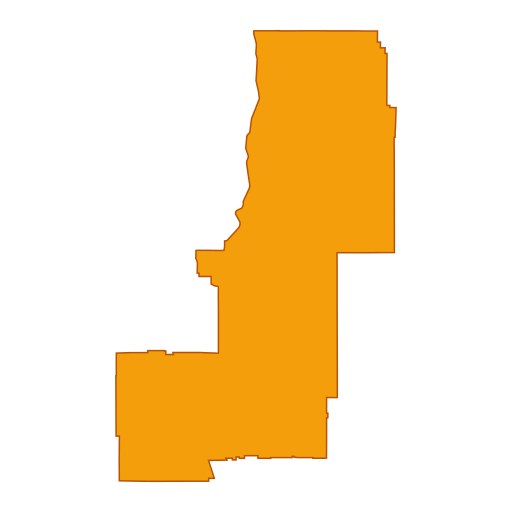 outline of Chittering, Western Australia, Australia
{"feature_id": "25037944B8066772871928", "entity_name": "Chittering", "entity_type": "district", "adm_level": 2, "iso_a3": "AUS", "parent_name": "Australia", "parent_adm1": "Western Australia", "projection": "albers", "projection_center": [116.041, -31.358], "detail": "fine", "context": "isolated", "style": "filled", "palette": "amber", "viewbox_px": 512, "rotation_deg": 0, "n_neighbors": 0, "source": "geoboundaries", "source_scale": "gbopen_adm2", "svg_char_len": 5237}
<svg xmlns="http://www.w3.org/2000/svg" viewBox="0 0 512 512"><path d="M253.7,30.9L253.7,32.2L253.8,33.1L253.8,33.5L253.8,33.8L254.0,34.5L254.1,35.2L254.5,36.7L255.1,38.8L256.1,42.7L256.2,43.1L256.3,43.5L256.3,44.0L256.4,44.4L256.4,45.2L256.3,45.8L256.3,46.4L256.2,48.4L256.0,50.7L255.9,52.7L255.9,53.2L255.9,53.8L256.0,54.1L256.1,54.7L256.3,55.3L256.4,55.9L256.8,57.2L257.0,58.0L257.1,58.4L257.2,58.7L257.2,59.0L257.2,59.5L257.2,59.9L257.1,61.5L256.7,68.4L256.7,69.2L256.1,79.7L256.0,80.3L256.1,80.8L256.1,81.2L256.2,81.6L256.8,84.0L257.0,85.0L257.7,87.9L258.2,89.9L258.3,90.6L258.4,91.1L258.7,93.1L259.0,95.3L259.2,97.2L259.3,97.6L259.3,97.9L259.3,98.2L259.2,98.6L259.2,98.9L259.1,99.3L259.0,99.6L258.9,100.0L258.0,102.3L256.7,105.5L256.5,106.0L255.8,108.0L252.0,117.4L251.8,118.1L251.6,118.8L251.5,119.1L251.4,119.5L251.4,119.9L250.7,125.1L249.9,131.7L249.8,132.0L249.7,132.4L249.5,132.7L249.3,133.0L249.1,133.3L247.7,134.7L247.2,135.3L247.0,135.7L246.9,136.1L246.8,136.5L246.5,139.9L245.8,147.0L245.8,147.3L245.8,147.6L245.8,147.9L245.8,148.3L245.9,148.6L246.0,148.9L246.0,149.2L246.1,149.5L246.6,150.7L248.2,155.7L248.3,155.9L248.3,156.1L248.3,156.4L248.3,156.7L248.3,157.1L248.2,157.5L247.3,159.7L247.2,160.0L247.0,160.4L246.9,160.8L246.8,161.1L246.8,161.5L246.7,161.9L246.7,162.3L246.6,162.7L246.6,163.1L246.6,163.5L246.7,163.9L246.7,164.3L247.5,169.6L247.9,172.7L248.9,179.3L249.6,184.1L249.7,184.5L249.7,184.9L249.7,185.3L249.7,185.7L249.7,186.1L249.7,186.6L249.6,187.0L249.5,187.4L249.4,187.8L249.3,188.1L249.2,188.5L249.0,188.9L246.8,193.6L246.0,195.5L245.4,196.6L243.6,200.6L243.5,200.8L243.4,201.0L243.3,201.5L243.2,201.9L243.2,202.4L243.3,202.6L243.3,203.2L243.3,203.5L243.3,203.8L243.3,204.0L243.3,204.3L243.2,204.6L243.2,204.9L243.1,205.2L242.5,206.8L242.3,207.2L242.1,207.6L241.8,207.9L241.5,208.2L241.2,208.4L241.0,208.5L239.9,209.0L238.7,209.5L238.4,209.6L237.9,209.9L237.6,210.0L237.1,210.4L236.7,210.7L236.4,211.0L236.1,211.3L236.0,211.5L235.9,211.7L235.8,211.9L235.7,212.1L235.6,212.5L235.5,213.0L235.5,213.3L235.5,213.6L235.6,214.0L235.8,214.4L235.9,214.6L236.7,216.1L237.1,216.8L237.9,218.3L239.4,221.1L239.6,221.4L239.7,221.6L239.8,221.9L239.9,222.1L239.9,222.4L240.0,222.7L240.0,223.0L240.1,223.8L240.0,224.3L239.9,224.7L239.7,225.5L239.6,225.8L239.5,226.1L239.4,226.4L239.3,226.8L239.1,227.0L238.9,227.3L238.7,227.6L238.5,227.9L237.3,229.2L236.3,230.4L234.5,232.4L232.7,234.3L227.4,240.1L227.1,240.4L226.8,240.6L226.4,240.7L226.1,240.9L225.7,240.9L225.3,241.0L224.9,240.9L224.6,240.9L224.6,246.2L224.0,250.4L223.9,250.4L220.0,250.5L214.2,250.4L198.1,250.3L197.9,250.4L196.0,250.4L196.0,252.2L195.8,258.6L196.2,258.9L197.4,262.6L197.2,273.2L199.0,273.2L199.0,276.5L211.1,276.5L211.1,284.0L212.7,284.9L213.9,285.6L214.8,285.7L215.0,285.8L215.3,286.0L215.7,286.0L215.9,286.1L216.2,286.0L216.3,286.0L217.0,286.2L217.3,286.3L217.6,286.4L218.1,286.7L218.3,286.9L218.4,287.0L218.3,295.9L218.4,309.5L218.4,326.8L218.4,353.2L217.3,353.2L215.8,353.1L214.1,353.0L212.7,353.0L211.2,352.9L210.2,352.9L208.8,352.9L207.2,352.8L202.6,352.6L200.4,352.5L199.0,352.5L198.3,352.5L198.2,352.5L196.8,352.5L196.0,352.5L194.4,352.5L192.8,352.5L191.1,352.5L190.0,352.5L189.1,352.5L186.8,352.5L185.4,352.5L182.9,352.5L181.4,352.5L181.0,352.5L177.9,352.5L176.9,352.5L176.1,352.5L175.1,352.5L174.5,352.5L174.3,352.5L172.9,352.5L173.4,354.5L173.2,354.5L167.3,354.5L165.8,354.5L165.8,351.1L164.8,351.1L164.8,350.6L156.4,350.6L154.7,350.6L151.6,350.6L147.7,350.6L147.7,352.6L139.2,352.6L131.1,352.6L116.3,353.1L116.3,375.9L115.9,375.9L116.0,411.4L116.0,417.2L116.1,436.1L119.4,436.1L119.3,443.8L119.3,444.0L119.3,444.4L119.3,444.5L119.3,452.0L119.2,458.1L119.2,458.3L119.3,475.6L119.3,480.8L129.4,481.0L134.4,481.1L136.3,481.1L140.1,481.2L140.5,481.2L151.5,481.3L159.0,481.3L190.1,481.2L193.2,481.2L197.3,481.2L201.1,481.2L202.3,481.2L208.7,481.2L208.7,478.3L213.8,478.3L214.3,478.3L214.2,477.9L208.5,460.4L208.9,460.4L216.9,460.3L226.7,460.1L227.0,460.1L225.9,458.2L226.0,458.2L232.4,458.2L232.4,458.3L232.3,459.9L236.1,459.9L236.1,459.1L236.2,457.6L236.2,456.9L239.2,456.9L239.2,458.3L244.5,458.3L244.5,455.7L246.8,455.7L257.9,455.7L257.9,458.3L263.6,458.3L270.7,458.3L270.7,457.6L285.5,457.6L292.1,457.6L292.3,456.3L294.0,456.4L293.9,457.1L294.4,457.2L295.5,457.3L296.8,457.5L297.5,457.6L313.0,457.6L313.0,458.3L326.5,458.2L326.6,438.0L326.6,436.5L326.6,431.5L326.6,430.8L326.6,425.6L326.6,423.2L326.6,417.8L327.8,417.8L327.9,413.2L326.6,413.2L326.6,407.2L326.6,397.5L333.4,397.6L337.3,397.6L337.3,382.7L337.3,377.9L337.3,373.7L337.3,368.4L337.2,335.0L337.1,302.0L337.1,277.0L337.1,262.9L337.0,252.7L343.9,252.7L354.2,252.7L369.1,252.7L382.3,252.6L394.4,252.6L394.4,243.9L394.3,190.0L394.3,170.5L394.2,149.4L394.1,137.3L395.1,137.3L395.2,129.5L395.4,129.5L396.1,107.6L389.8,107.5L389.8,105.4L386.8,105.4L386.9,87.9L387.0,53.4L385.0,53.5L385.2,47.8L380.4,47.8L380.5,42.1L377.4,42.1L377.5,31.0L376.3,31.0L373.3,31.0L362.8,31.0L362.7,31.0L356.1,30.9L352.6,30.9L350.2,30.9L347.9,30.9L340.7,30.9L336.9,30.9L335.0,30.9L332.6,30.9L327.4,30.9L326.7,31.0L326.5,30.9L326.4,30.8L316.5,30.8L311.8,30.8L305.5,30.8L292.9,30.9L279.0,30.9L279.0,30.7L275.2,30.7L275.1,30.8L254.0,30.8L253.7,30.9Z" fill="#f59e0b" stroke="#b45309" stroke-width="1.5"/></svg>